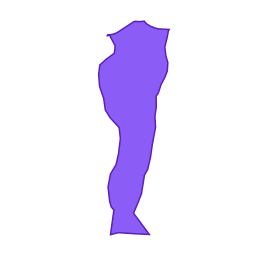 the border of Al Jabal al Akhdar, rotated 9°
{"feature_id": "LBY-2982", "entity_name": "Al Jabal al Akhdar", "entity_type": "Municipality", "adm_level": 1, "iso_a3": "LBY", "parent_name": "Libya", "parent_adm1": "", "projection": "robinson", "projection_center": [21.714, 32.008], "detail": "fine", "context": "isolated", "style": "filled", "palette": "violet", "viewbox_px": 256, "rotation_deg": 9, "n_neighbors": 0, "source": "natural_earth", "source_scale": "10m", "svg_char_len": 873}
<svg xmlns="http://www.w3.org/2000/svg" viewBox="0 0 256 256"><g transform="rotate(9 128 128)"><path d="M92.7,39.4L98.3,37.9L102.1,35.7L117.0,22.2L118.4,21.5L123.0,21.1L127.3,19.9L130.0,22.2L134.2,23.9L138.9,25.0L142.8,25.3L153.3,24.2L152.8,25.6L152.7,25.6L152.5,32.7L151.7,42.2L154.1,50.7L157.1,57.1L157.9,65.5L156.6,71.8L153.8,80.2L152.5,88.6L150.8,92.3L152.6,102.4L152.8,112.4L155.1,123.0L154.6,141.5L154.8,153.2L153.9,165.9L151.6,172.2L151.6,190.7L149.8,199.1L146.8,211.3L165.7,229.8L152.1,231.3L134.7,232.9L127.4,236.1L126.9,211.3L123.8,208.6L121.3,203.2L117.5,189.3L117.9,176.1L121.9,166.1L122.7,155.0L122.1,139.7L119.2,129.0L108.9,120.8L102.8,113.8L99.4,102.7L93.4,91.4L90.6,79.7L90.3,70.2L95.7,63.5L102.8,56.3L102.5,48.9L96.4,40.8L95.7,39.4L95.5,39.5L94.6,39.6L93.8,40.0L93.0,40.0L92.8,39.4L92.7,39.4Z" fill="#8b5cf6" stroke="#5b21b6" stroke-width="1.5"/></g></svg>